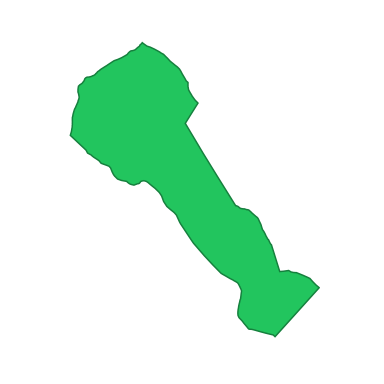 the district of Anse Galet, Anse-la-Raye, Saint Lucia, rotated 352°
{"feature_id": "8701671B94073395823663", "entity_name": "Anse Galet", "entity_type": "district", "adm_level": 2, "iso_a3": "LCA", "parent_name": "Saint Lucia", "parent_adm1": "Anse-la-Raye", "projection": "equal_earth", "projection_center": [-61.043, 13.932], "detail": "fine", "context": "isolated", "style": "filled", "palette": "green", "viewbox_px": 384, "rotation_deg": 352, "n_neighbors": 0, "source": "geoboundaries", "source_scale": "gbopen_adm2", "svg_char_len": 4586}
<svg xmlns="http://www.w3.org/2000/svg" viewBox="0 0 384 384"><g transform="rotate(352 192 192)"><path d="M304.5,304.6L304.6,304.4L301.9,301.4L299.1,297.6L296.7,294.0L294.6,292.6L290.1,289.8L284.2,286.4L281.5,285.9L279.0,285.0L276.8,283.2L271.5,283.2L267.8,283.0L263.3,255.3L262.8,254.8L262.7,254.6L262.6,254.4L262.5,253.9L262.1,253.2L261.7,251.9L261.5,251.2L261.4,250.7L261.2,250.2L261.0,249.7L260.6,249.5L260.3,248.8L260.1,248.2L260.0,247.9L259.7,247.1L259.5,246.7L259.2,245.9L258.9,244.9L258.7,244.1L258.3,242.9L258.1,242.4L257.6,241.0L257.0,239.9L256.6,239.1L256.5,238.7L256.3,237.6L256.2,237.1L256.2,236.8L256.0,235.8L255.9,234.8L255.7,233.8L255.6,233.4L255.3,232.4L254.9,231.2L254.6,230.2L254.5,229.9L254.3,229.2L254.0,228.1L253.5,227.0L253.1,226.3L252.8,226.0L252.4,225.6L251.9,225.1L250.6,223.6L248.1,220.7L247.8,220.2L246.9,219.1L246.6,218.8L246.2,218.3L245.9,217.9L245.3,217.6L245.0,217.4L244.4,217.2L244.0,217.2L243.5,217.0L243.0,216.7L241.2,215.9L240.6,215.9L239.7,215.6L239.0,215.4L238.1,215.1L237.4,214.7L236.5,213.8L236.2,213.4L235.4,212.6L235.2,212.5L234.9,212.3L234.3,212.0L233.9,211.8L233.6,211.6L233.3,211.6L219.2,179.9L208.3,155.0L204.7,146.4L194.9,123.1L201.0,115.8L210.3,104.8L210.2,104.6L210.0,104.3L209.6,103.8L208.8,102.7L208.3,102.1L208.0,101.7L207.8,101.3L207.0,99.9L206.9,99.7L206.1,98.2L205.8,97.6L205.5,97.1L205.0,95.7L204.0,93.4L203.2,91.3L203.0,90.8L202.9,90.6L202.9,90.3L202.8,89.5L202.8,88.2L202.7,87.4L202.7,87.0L202.8,86.2L202.9,85.8L203.0,84.5L203.1,84.1L203.3,83.4L203.2,82.9L203.1,82.7L202.6,82.2L202.3,81.8L201.8,81.3L200.9,78.9L200.6,78.1L198.7,73.6L197.7,70.7L196.7,68.5L194.8,66.0L194.5,65.7L192.8,64.0L191.0,62.0L190.4,61.4L189.6,60.5L188.8,59.7L186.1,55.8L185.5,55.1L184.6,53.9L182.9,51.6L182.4,51.3L181.2,50.4L180.2,49.6L180.1,49.4L179.1,48.6L178.9,48.4L174.7,45.3L170.7,42.7L170.0,42.4L167.6,41.2L164.7,38.4L164.2,37.9L164.0,37.7L163.8,37.5L163.5,37.2L162.9,37.9L160.8,39.3L160.3,40.3L158.2,41.4L157.1,42.2L156.2,42.8L155.1,43.4L154.8,43.5L153.3,43.7L152.3,43.8L152.0,43.8L151.3,43.7L150.4,44.1L150.0,44.3L149.1,44.9L148.6,45.3L148.4,45.4L147.2,46.6L147.0,46.8L144.4,47.9L141.8,48.9L141.4,49.1L136.9,50.4L133.8,51.0L133.0,51.2L132.8,51.3L131.7,51.8L128.3,53.4L126.4,54.3L124.9,55.1L124.3,55.3L119.2,57.6L117.7,58.4L117.6,58.6L116.0,59.4L115.5,59.6L114.8,60.2L114.6,60.3L114.3,60.8L113.9,61.0L113.4,61.3L113.2,61.4L112.7,61.9L112.4,62.2L110.9,62.9L109.7,63.1L108.6,63.5L108.2,63.6L107.1,63.7L106.6,63.8L105.9,63.8L105.1,63.8L104.6,63.7L104.3,63.7L103.9,63.7L102.6,64.2L101.7,64.9L101.3,65.5L101.1,66.0L100.9,66.5L100.5,66.9L99.6,67.8L98.9,68.5L98.6,68.8L98.4,69.0L98.1,69.2L97.2,69.6L96.2,70.1L95.9,70.2L95.4,70.6L94.8,71.1L94.4,71.3L94.0,72.3L93.8,73.1L93.5,74.1L93.3,75.0L93.2,75.9L93.0,77.0L93.0,77.3L93.2,78.0L93.4,80.1L93.4,81.1L93.5,82.3L93.2,83.2L93.1,83.6L92.6,84.6L91.9,85.9L91.5,87.1L91.2,87.5L90.1,89.3L89.2,90.7L88.7,91.6L88.1,92.5L87.7,93.0L87.2,93.7L85.9,96.5L85.0,98.6L84.9,99.0L84.4,100.5L84.0,101.3L83.9,101.7L83.6,103.6L83.5,104.3L83.3,106.1L83.0,107.7L83.0,108.3L82.8,109.0L82.6,109.7L82.5,110.5L82.4,111.1L81.9,112.5L81.3,114.4L80.8,115.9L80.7,116.1L80.4,116.7L80.2,117.2L79.6,118.5L79.4,119.0L92.9,135.8L94.0,138.9L97.4,141.4L98.2,142.5L99.6,143.9L99.8,144.1L102.7,146.6L104.3,148.1L106.0,150.9L108.2,152.1L110.3,153.2L113.4,154.9L113.8,155.5L114.7,156.8L115.8,161.2L115.9,161.5L116.8,164.1L117.1,164.5L117.6,165.5L120.1,168.8L123.7,170.7L128.8,172.4L129.5,173.4L131.2,175.1L132.3,175.8L133.4,176.3L135.5,177.1L139.0,176.3L140.1,176.3L141.0,176.1L141.5,175.7L141.9,175.3L142.8,174.4L144.8,174.1L145.0,174.1L145.3,174.2L145.9,174.1L148.2,175.1L149.8,176.5L151.6,178.6L153.9,181.1L154.2,181.4L154.4,181.6L156.1,183.4L156.9,184.5L159.1,187.3L159.8,188.4L161.4,191.8L162.6,197.5L165.1,202.8L168.5,206.7L171.0,209.3L171.8,210.3L172.9,212.0L173.4,212.8L175.5,219.9L176.2,221.8L184.8,239.8L186.4,243.0L195.3,256.8L202.7,267.4L209.5,276.6L211.1,277.9L213.6,279.8L217.9,283.2L220.0,284.6L221.3,285.7L222.9,286.9L223.9,287.7L224.6,288.4L225.2,289.6L225.6,290.7L226.1,292.2L226.4,293.2L227.1,295.5L227.1,295.8L227.2,296.2L227.3,296.6L227.2,297.4L226.7,299.0L226.0,301.7L225.5,303.5L225.3,304.4L224.6,305.6L223.6,308.3L223.1,309.5L222.7,310.6L222.4,311.4L222.0,312.8L221.8,313.5L221.4,314.6L220.8,317.0L220.5,318.8L220.4,320.7L221.1,323.0L221.4,323.4L222.1,324.4L223.2,325.9L224.0,327.1L224.9,328.8L226.0,330.6L227.4,332.8L228.4,334.5L228.8,335.2L229.2,335.6L229.5,335.8L232.0,336.3L233.8,337.0L240.6,340.0L245.8,342.2L252.6,344.9L254.1,346.8L259.5,342.3L304.5,304.6Z" fill="#22c55e" stroke="#15803d" stroke-width="1.5"/></g></svg>